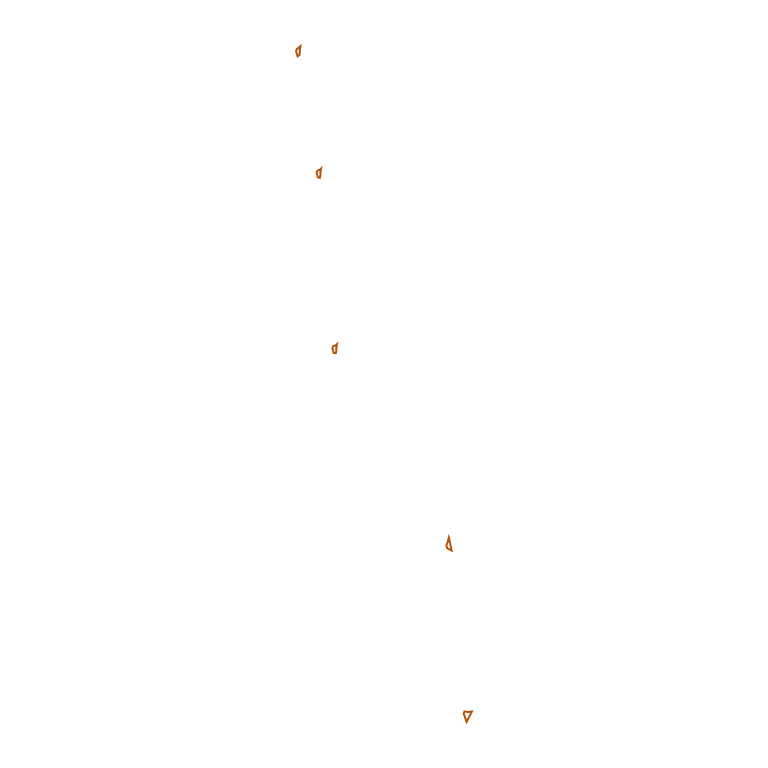 Gaafu Alifu, Equal Earth projection
{"feature_id": "MDV-5240", "entity_name": "Gaafu Alifu", "entity_type": "Atoll", "adm_level": 1, "iso_a3": "MDV", "parent_name": "Maldives", "parent_adm1": "", "projection": "equal_earth", "projection_center": [73.409, 0.614], "detail": "fine", "context": "isolated", "style": "outline", "palette": "amber", "viewbox_px": 768, "rotation_deg": 0, "n_neighbors": 0, "source": "natural_earth", "source_scale": "10m", "svg_char_len": 706}
<svg xmlns="http://www.w3.org/2000/svg" viewBox="0 0 768 768"><path d="M471.9,711.5L466.7,721.7L466.6,721.9L464.4,715.4L463.7,713.9L464.5,711.5L467.9,712.0L471.9,711.5ZM448.8,537.5L448.9,537.8L451.7,550.6L447.1,548.1L446.4,545.4L447.7,542.0L448.8,537.5ZM337.0,344.1L336.3,347.9L336.3,351.2L335.8,353.2L335.6,353.2L333.7,353.0L332.4,348.2L333.2,346.1L335.5,345.4L337.0,344.1ZM321.1,168.5L320.4,172.3L320.4,175.7L319.8,177.9L318.9,177.6L317.8,177.3L316.6,172.3L317.6,170.6L318.7,170.2L319.6,169.9L321.1,168.5ZM300.5,46.1L300.5,46.3L299.9,49.1L299.8,49.6L299.8,52.6L299.6,53.8L299.5,55.0L298.6,55.6L297.6,56.3L296.1,51.4L296.8,49.0L298.8,47.7L300.5,46.1Z" fill="none" stroke="#b45309" stroke-width="2"/></svg>